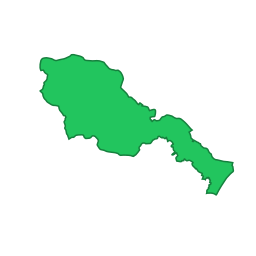 Duy Xuyen, Quàng Nam, Vietnam (Mercator projection), rotated 45°
{"feature_id": "81297802B11134761285152", "entity_name": "Duy Xuyen", "entity_type": "district", "adm_level": 2, "iso_a3": "VNM", "parent_name": "Vietnam", "parent_adm1": "Quàng Nam", "projection": "mercator", "projection_center": [108.241, 15.795], "detail": "fine", "context": "isolated", "style": "filled", "palette": "green", "viewbox_px": 256, "rotation_deg": 45, "n_neighbors": 0, "source": "geoboundaries", "source_scale": "gbopen_adm2", "svg_char_len": 5833}
<svg xmlns="http://www.w3.org/2000/svg" viewBox="0 0 256 256"><g transform="rotate(45 128 128)"><path d="M20.9,145.1L23.1,147.4L24.2,148.2L25.2,148.7L25.8,148.9L26.6,147.7L27.2,147.0L27.6,147.0L29.7,147.6L31.0,147.6L33.2,147.1L33.6,147.2L33.8,147.5L35.0,149.2L36.1,150.6L36.3,151.1L36.6,152.6L36.5,155.1L36.7,155.6L37.0,155.8L37.9,156.2L38.2,156.7L38.3,157.6L40.0,160.4L40.1,161.4L40.0,162.4L39.6,163.7L39.6,163.8L39.8,164.0L42.9,163.9L43.4,164.0L44.9,165.1L45.8,165.6L47.7,166.3L48.5,166.4L50.6,166.4L51.3,166.6L52.1,166.7L53.6,166.5L57.5,165.6L58.6,165.1L59.4,164.6L60.7,163.4L62.1,162.4L63.5,161.7L63.8,161.8L64.5,162.2L65.8,163.1L67.2,163.7L71.8,164.2L73.3,164.7L74.0,164.6L74.6,163.9L75.5,163.9L76.1,164.1L76.5,164.3L76.9,165.7L78.0,166.9L78.3,168.5L78.5,168.8L79.2,169.3L81.0,170.1L81.7,170.5L82.4,171.1L82.9,171.8L83.2,172.6L83.6,172.9L84.0,173.1L84.9,173.2L85.6,173.4L88.7,175.5L90.2,175.7L94.1,177.6L94.7,174.8L94.9,174.3L96.0,173.2L96.2,172.8L96.3,170.4L96.6,169.6L97.9,167.9L100.1,165.5L101.3,164.7L101.7,164.7L102.1,164.8L103.7,165.5L104.5,165.5L105.5,165.3L105.9,164.9L107.9,162.5L108.2,161.8L108.4,161.2L108.3,159.4L108.5,158.6L108.8,158.3L109.5,157.7L110.8,157.2L114.6,157.3L115.3,157.6L116.1,158.0L116.5,158.6L117.9,161.4L118.1,161.6L118.4,161.8L119.1,162.0L122.3,162.7L123.5,162.7L124.0,162.5L126.8,160.7L129.4,159.7L131.1,158.6L136.3,154.6L137.3,154.0L139.0,153.1L140.5,153.1L141.4,152.9L142.1,152.5L143.9,150.4L145.9,148.5L147.9,146.7L149.5,145.5L150.8,144.9L151.8,144.3L152.1,143.7L151.8,143.1L152.4,141.8L152.4,141.3L152.2,138.4L151.7,135.4L151.5,135.1L151.2,135.0L150.6,134.8L150.0,134.4L149.7,134.0L149.4,133.5L149.4,131.4L148.9,130.3L148.9,128.9L149.1,128.3L149.6,127.7L150.1,127.1L150.7,126.8L151.4,126.7L151.9,126.3L154.5,123.4L154.7,123.1L154.7,121.9L154.4,120.3L154.1,119.3L154.5,118.3L154.7,116.8L155.2,116.3L156.0,115.1L156.1,114.8L156.1,114.4L155.9,113.8L155.3,112.8L155.5,112.3L156.2,111.6L156.5,111.5L157.3,111.5L159.1,110.9L159.2,110.7L159.1,110.3L159.1,110.1L159.4,109.9L161.5,109.5L161.7,109.4L161.8,109.2L161.7,107.6L161.8,107.5L163.2,108.3L163.7,108.2L163.9,108.3L165.6,109.5L165.7,109.4L165.6,108.4L165.7,108.1L166.8,107.0L168.7,106.7L169.9,106.9L170.8,107.3L171.3,107.2L171.4,107.3L171.5,107.7L171.1,108.9L171.0,109.5L171.2,109.9L171.5,110.3L171.7,110.5L172.4,110.4L172.7,110.2L173.1,109.7L173.3,109.6L173.5,109.6L174.8,110.8L175.5,111.3L176.5,111.5L177.5,111.4L177.9,111.6L178.1,111.9L178.2,112.3L177.9,114.3L177.9,115.4L177.9,115.7L178.0,115.8L178.4,115.7L178.9,115.2L179.3,113.6L179.6,111.9L180.0,111.2L181.2,111.8L182.4,112.1L182.6,112.2L182.9,113.1L182.8,114.4L182.9,114.9L183.4,115.6L185.8,116.9L186.0,116.8L188.8,114.8L189.6,113.7L189.2,113.0L189.4,112.7L190.1,112.1L190.4,111.8L190.5,111.6L190.4,111.5L189.8,110.6L189.8,110.1L190.0,109.9L190.6,109.8L191.8,109.9L192.6,109.7L193.2,109.0L193.9,107.7L194.3,107.4L194.8,107.1L197.0,106.6L197.8,106.5L198.5,106.6L198.6,108.0L198.9,108.2L199.3,108.5L199.8,108.7L200.8,108.9L203.4,108.9L204.0,108.9L204.6,109.1L204.8,109.0L205.1,108.4L206.7,108.7L208.3,109.0L209.0,108.9L210.6,108.4L212.3,107.7L212.6,107.7L212.8,107.8L213.6,109.4L215.3,108.8L215.5,108.9L216.6,111.6L218.5,110.0L218.9,109.9L219.2,109.9L218.9,109.1L218.9,107.2L219.7,107.1L219.7,106.2L221.0,106.0L221.2,106.6L222.1,106.5L222.4,106.9L223.2,106.8L224.3,108.7L225.1,108.2L225.4,108.1L225.9,108.7L226.1,109.0L226.2,109.4L226.0,110.1L225.7,110.3L225.5,110.6L225.7,111.2L225.9,111.4L226.5,111.4L226.7,111.7L227.0,113.2L227.1,113.3L227.7,113.5L227.8,113.6L227.8,115.7L227.9,116.2L228.4,117.0L229.0,117.3L229.8,118.6L230.3,117.8L230.6,117.5L232.5,115.5L233.7,114.5L234.8,113.9L235.5,113.5L237.6,113.0L237.5,111.9L237.0,110.5L236.1,107.5L234.9,102.8L233.3,95.1L233.0,93.4L232.9,90.7L232.8,88.4L232.9,86.2L233.1,84.8L233.0,84.3L232.9,84.0L232.4,83.4L231.6,82.9L229.6,81.3L228.8,81.0L228.1,81.0L226.6,78.4L222.4,81.4L219.3,84.0L213.9,87.3L212.4,88.4L211.2,88.9L209.9,89.1L207.6,88.9L206.4,88.3L205.5,87.7L205.1,87.6L203.5,87.9L202.1,87.7L199.6,86.8L198.9,86.8L198.0,86.9L196.9,87.6L195.8,88.5L195.0,88.7L192.3,88.9L191.8,88.8L190.7,88.1L190.2,88.0L189.5,88.5L188.1,88.5L187.1,89.0L183.4,90.0L183.7,91.4L183.1,91.8L182.4,90.4L179.6,90.5L177.5,89.0L175.7,88.2L174.1,87.7L174.8,84.1L173.0,84.2L166.7,83.8L164.0,83.8L162.2,83.9L159.2,84.2L157.9,84.7L157.1,85.3L155.6,87.0L155.0,87.3L153.5,87.9L150.7,88.5L148.0,90.0L146.6,91.0L146.2,91.4L146.0,92.0L145.8,93.2L145.4,94.4L144.4,96.0L144.5,97.8L144.9,100.1L144.7,100.5L144.0,101.6L142.9,102.9L141.4,103.2L140.8,103.5L140.6,103.9L140.4,106.2L140.1,106.1L139.6,106.2L139.3,106.4L139.2,106.4L138.9,105.9L138.4,106.0L137.3,106.0L136.2,104.8L137.1,103.0L138.5,101.4L138.6,101.1L138.6,100.7L137.3,98.6L136.2,97.3L135.4,96.5L135.0,96.2L134.6,96.0L133.9,96.1L133.5,96.3L133.0,96.8L132.0,98.4L130.9,100.5L128.3,99.5L127.5,99.3L126.8,99.4L125.2,100.3L124.1,101.1L122.2,102.4L122.0,101.4L119.2,101.7L118.7,101.9L118.6,102.1L118.7,102.9L119.1,103.6L119.1,103.8L118.8,104.0L118.0,104.1L117.1,104.1L115.8,103.8L115.1,103.8L114.1,103.6L112.4,103.7L110.8,103.9L109.0,103.9L108.5,104.1L108.1,104.3L106.5,105.7L105.2,105.2L102.7,104.6L99.2,104.6L95.8,104.7L94.3,104.6L94.0,104.4L93.8,104.1L91.3,99.2L90.7,97.8L89.9,96.5L87.8,95.2L86.1,94.5L84.0,93.9L82.8,93.8L81.5,93.9L80.1,94.2L78.6,96.1L76.8,97.0L75.1,98.3L74.0,98.8L73.0,99.2L71.9,99.3L69.8,99.1L67.3,99.0L64.7,98.6L64.3,98.7L63.6,99.0L60.4,100.7L58.4,102.4L55.5,105.6L51.1,109.4L50.2,110.1L49.4,110.4L48.8,110.5L48.4,110.5L46.9,110.1L46.5,110.1L45.8,110.2L44.5,110.6L43.0,111.3L39.6,113.4L37.8,114.5L36.8,115.5L36.3,116.1L36.2,116.5L36.2,118.0L36.1,118.6L34.5,122.9L33.8,124.4L31.4,128.0L29.7,130.9L29.2,131.4L28.0,132.1L26.0,132.7L25.1,133.0L22.2,134.9L20.7,136.0L19.3,137.7L18.6,138.9L18.4,139.6L18.4,140.3L18.5,141.1L18.8,142.0L20.9,145.1Z" fill="#22c55e" stroke="#15803d" stroke-width="1.5"/></g></svg>